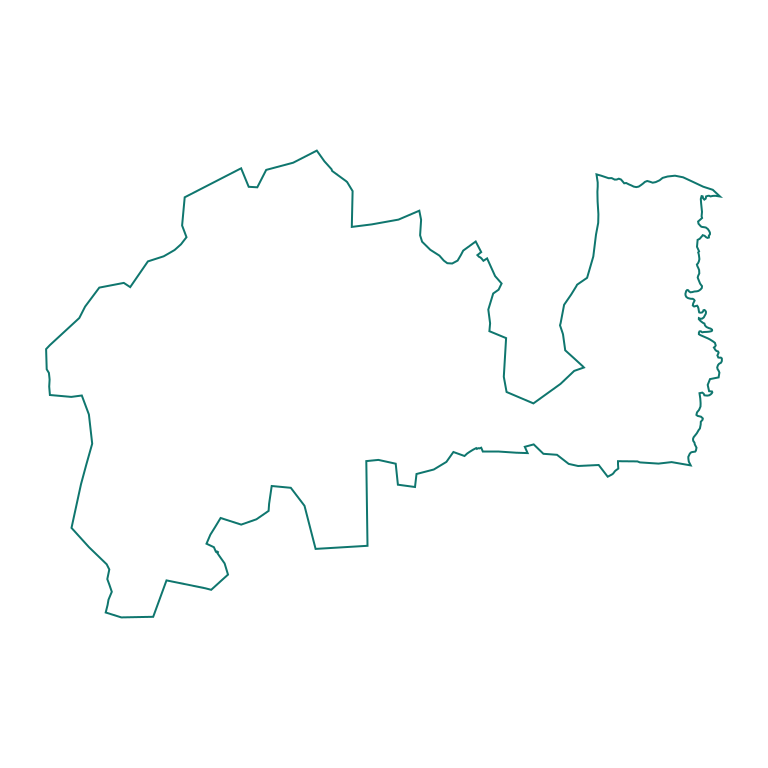 outline of Bunkure, Kano, Nigeria
{"feature_id": "59680162B46455483877403", "entity_name": "Bunkure", "entity_type": "district", "adm_level": 2, "iso_a3": "NGA", "parent_name": "Nigeria", "parent_adm1": "Kano", "projection": "albers", "projection_center": [8.684, 11.668], "detail": "fine", "context": "isolated", "style": "outline", "palette": "teal", "viewbox_px": 768, "rotation_deg": 0, "n_neighbors": 0, "source": "geoboundaries", "source_scale": "gbopen_adm2", "svg_char_len": 5148}
<svg xmlns="http://www.w3.org/2000/svg" viewBox="0 0 768 768"><path d="M123.8,282.9L99.3,287.6L85.1,306.6L79.3,318.0L49.9,345.1L46.1,349.1L46.7,369.3L48.9,372.9L49.4,377.4L49.6,379.6L49.2,386.5L49.9,395.0L71.3,396.9L81.8,395.5L88.9,414.5L92.2,443.7L86.3,464.6L81.0,484.2L71.5,527.9L89.1,547.3L106.7,564.3L109.3,569.5L107.3,579.1L109.3,584.5L111.8,591.8L108.5,599.7L107.6,604.9L105.7,612.5L121.3,617.4L153.2,616.8L166.5,580.4L205.4,588.3L211.2,589.8L223.1,579.0L228.0,574.6L224.6,563.4L220.5,557.6L218.9,555.3L217.6,553.4L218.0,552.1L217.0,551.5L216.4,552.1L215.9,551.8L213.9,547.2L206.5,543.7L210.4,534.6L214.9,527.4L220.6,518.0L241.2,524.6L256.4,519.3L268.6,510.9L269.1,503.8L271.7,486.0L290.8,487.8L304.5,505.8L315.6,548.9L367.5,545.8L366.3,461.1L378.4,459.9L395.7,463.7L397.9,484.7L415.0,487.0L416.5,474.0L433.8,469.5L446.4,461.9L453.4,452.0L464.5,456.0L467.2,453.5L469.7,451.8L473.1,449.7L476.2,448.1L476.9,448.9L478.2,448.2L479.6,448.4L480.1,448.1L481.2,447.7L481.9,449.3L482.8,451.5L498.0,451.5L516.1,452.7L527.6,453.1L524.8,446.8L533.7,444.4L543.4,453.8L557.0,454.8L568.7,463.9L578.1,466.0L598.7,465.0L607.7,476.7L609.8,475.6L611.9,474.5L613.1,473.6L614.1,472.3L614.8,471.3L615.8,470.4L618.3,468.6L618.0,464.2L618.0,461.2L637.4,461.4L639.9,462.4L658.5,463.6L671.6,462.1L690.7,465.4L689.9,463.8L688.8,461.6L688.6,460.3L688.4,458.9L688.3,456.9L689.0,455.4L689.8,453.7L690.8,452.6L691.9,452.1L695.2,451.6L695.9,450.6L696.5,447.7L694.8,444.4L694.5,442.7L693.2,440.8L693.0,439.0L693.6,437.3L696.8,433.3L698.7,430.0L699.9,428.5L700.7,424.5L700.8,421.8L702.6,419.7L702.8,418.4L701.0,416.7L697.6,415.9L696.4,414.9L697.0,412.4L699.1,409.8L700.5,406.5L700.6,403.2L700.3,398.7L699.5,393.2L702.3,392.6L703.7,393.7L704.4,395.3L706.0,395.5L707.4,395.6L709.2,395.3L710.8,394.3L711.8,393.3L712.3,392.3L712.0,391.5L709.1,391.2L707.7,384.9L710.0,379.1L718.6,377.4L719.4,372.6L718.5,370.5L717.6,369.2L717.2,367.4L718.0,365.1L718.9,364.0L719.5,363.5L720.8,362.9L721.7,361.5L721.9,360.1L721.8,358.4L720.8,357.6L719.4,357.7L718.3,357.5L717.4,355.4L718.1,353.9L718.6,352.7L718.1,351.5L716.4,350.9L715.2,349.7L713.9,347.5L715.1,346.6L715.7,345.4L714.9,342.8L713.0,341.4L710.0,339.5L707.9,338.4L703.1,336.3L700.3,335.1L698.9,334.2L698.9,332.6L699.5,331.4L700.8,331.3L701.8,332.1L702.6,332.3L703.8,332.0L706.5,331.9L708.9,331.7L710.5,331.4L711.6,331.1L712.1,330.5L712.0,329.6L710.6,328.6L708.8,328.1L706.5,327.0L705.5,326.0L705.0,325.4L704.4,323.5L703.2,323.0L701.4,321.7L699.9,320.4L698.8,319.1L698.9,318.1L700.5,318.8L702.2,318.6L703.8,317.4L704.7,315.7L705.8,313.7L706.0,312.0L705.4,310.8L704.5,310.0L703.5,310.2L703.0,311.5L702.0,312.5L700.2,312.7L699.2,312.4L698.8,310.7L698.5,308.6L697.9,306.8L697.1,305.7L694.1,306.5L692.8,305.5L693.2,303.4L694.6,300.6L694.1,299.7L692.7,298.8L691.0,298.8L689.5,298.5L687.8,298.0L686.3,296.9L685.6,295.5L685.4,293.9L685.8,292.4L686.2,291.0L687.2,290.0L688.3,290.3L688.9,291.3L690.4,292.3L692.2,292.1L694.4,291.5L696.9,291.3L698.5,290.9L700.5,289.5L701.8,288.0L702.0,286.1L700.9,284.7L700.1,283.6L698.8,280.4L697.7,277.6L698.0,276.3L698.4,275.3L699.3,273.4L699.1,270.0L698.2,267.8L697.4,266.2L696.9,264.5L698.0,263.3L698.9,261.3L699.4,259.1L699.1,256.6L698.8,254.4L698.2,252.4L699.1,251.4L697.0,246.8L697.6,239.9L699.7,238.8L702.4,235.7L702.7,235.2L704.6,235.8L706.1,237.2L707.5,237.9L708.9,237.5L708.9,235.6L709.9,234.4L710.0,233.0L709.4,231.4L707.9,229.1L705.8,227.5L704.1,227.2L701.9,226.9L700.9,226.4L698.5,223.7L698.1,221.5L700.3,219.6L702.1,218.0L701.6,216.3L702.0,211.9L701.1,203.1L700.8,199.0L701.3,197.1L701.6,196.1L702.6,196.3L703.1,198.3L704.3,199.6L705.7,198.6L706.1,196.4L708.2,195.8L709.2,195.8L710.5,196.4L712.9,195.9L715.4,195.8L720.0,196.5L712.8,189.8L703.2,186.7L692.8,181.8L683.1,177.3L675.0,175.7L667.6,176.5L662.6,177.9L659.6,180.3L655.7,182.1L652.7,182.7L649.8,181.7L647.2,181.0L644.9,181.9L643.1,183.5L641.1,185.0L638.7,186.6L636.3,187.1L633.7,186.6L631.5,185.5L628.7,184.3L626.2,183.0L624.2,183.3L622.8,181.6L621.0,179.5L618.8,178.7L616.8,179.5L614.7,179.6L611.7,178.1L608.6,178.2L604.8,176.9L600.9,175.6L596.5,174.4L597.7,182.5L597.7,186.7L597.4,191.7L597.6,201.4L598.4,214.3L598.2,222.9L596.0,234.6L593.3,256.5L587.1,277.8L577.1,284.7L576.2,286.4L571.2,294.5L564.1,304.8L560.6,323.2L560.0,325.3L562.5,332.7L563.0,334.3L565.2,350.2L565.2,350.3L573.3,357.6L581.8,365.4L582.4,365.9L583.9,367.5L574.2,370.9L560.5,383.9L533.4,403.4L506.6,392.0L506.5,391.6L503.8,376.8L506.1,338.1L489.4,331.2L490.1,323.3L488.3,309.6L493.2,293.5L498.6,289.7L501.6,283.5L495.1,276.1L487.1,258.4L483.4,260.8L481.3,258.2L480.8,257.9L480.5,257.5L479.5,257.0L479.0,256.8L477.4,255.1L481.2,252.1L475.7,241.5L463.2,250.6L460.9,255.0L457.6,260.6L452.2,263.5L447.3,263.2L443.8,260.6L439.4,255.6L430.3,249.8L422.1,241.7L420.1,235.3L421.1,219.8L419.3,210.7L398.5,219.6L371.7,224.4L351.8,226.9L352.6,191.1L347.1,182.0L346.5,181.6L346.3,181.3L332.2,171.0L331.5,169.2L324.4,161.3L316.8,150.6L293.2,162.7L266.2,169.9L257.3,187.3L248.7,186.8L241.1,168.3L184.7,197.3L182.1,225.5L186.5,237.2L184.3,240.0L181.0,244.3L174.6,250.0L168.6,253.5L163.7,256.3L147.9,261.4L130.2,287.1L123.8,282.9Z" fill="none" stroke="#0f766e" stroke-width="2"/></svg>